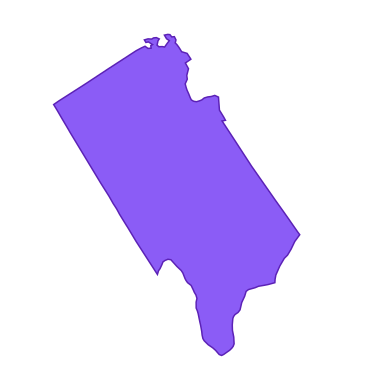 Terra Roxa, Paraná, Brazil, rotated 147°
{"feature_id": "56859067B44295253149828", "entity_name": "Terra Roxa", "entity_type": "district", "adm_level": 2, "iso_a3": "BRA", "parent_name": "Brazil", "parent_adm1": "Paraná", "projection": "mercator", "projection_center": [-54.077, -24.189], "detail": "fine", "context": "isolated", "style": "filled", "palette": "violet", "viewbox_px": 384, "rotation_deg": 147, "n_neighbors": 0, "source": "geoboundaries", "source_scale": "gbopen_adm2", "svg_char_len": 1984}
<svg xmlns="http://www.w3.org/2000/svg" viewBox="0 0 384 384"><g transform="rotate(147 192 192)"><path d="M171.9,70.8L169.9,73.5L166.9,76.7L158.7,82.1L150.7,86.1L146.3,87.0L140.0,90.1L132.8,94.5L124.9,97.5L125.1,100.5L125.5,112.6L125.6,116.7L125.8,121.6L126.0,126.9L126.3,133.4L126.6,140.0L126.7,143.7L127.8,175.8L128.0,181.3L128.0,195.4L128.0,210.5L128.1,235.2L124.9,233.9L124.6,237.6L124.4,245.7L118.1,257.2L120.3,260.6L123.8,261.6L127.1,263.2L130.5,264.2L133.7,263.9L136.2,264.4L139.1,265.3L141.2,267.2L142.4,269.6L142.1,272.1L141.3,276.1L140.7,280.1L139.9,283.1L138.8,286.4L134.5,289.2L132.9,292.6L127.8,297.3L127.3,303.8L120.6,304.0L120.6,310.9L124.3,315.3L124.2,318.4L124.2,321.0L124.4,324.0L124.9,326.1L122.6,328.3L122.2,331.9L124.5,333.1L124.8,336.0L126.5,337.4L129.7,338.6L129.9,334.4L128.6,331.3L132.0,330.1L136.0,328.5L137.8,330.2L140.7,331.9L141.3,334.2L138.2,337.3L136.1,338.2L137.8,340.9L140.4,342.2L142.5,342.2L145.5,344.4L149.1,345.5L149.2,342.5L146.8,341.6L144.8,337.1L146.8,337.2L148.0,334.9L150.7,336.4L152.0,339.8L156.0,340.4L161.9,340.9L182.9,340.9L195.1,340.9L222.2,340.7L240.0,340.8L254.0,340.9L260.4,340.7L260.6,333.5L261.0,325.9L261.6,311.6L261.8,308.3L263.7,249.5L263.9,233.6L264.4,225.3L264.4,218.8L264.9,212.7L265.2,199.6L265.2,197.4L265.8,180.9L265.9,141.7L262.9,144.2L260.6,145.1L256.6,147.6L254.6,149.1L252.1,149.3L248.8,148.7L246.6,146.7L245.2,137.8L243.8,132.0L243.8,129.0L245.0,123.2L245.2,121.1L245.1,118.4L243.6,114.1L244.3,108.8L244.7,106.5L244.8,103.5L245.8,100.1L248.5,97.4L251.7,92.4L252.3,89.2L253.1,86.6L256.2,78.7L257.3,75.7L259.9,69.5L261.4,66.6L262.7,63.1L262.8,60.6L261.6,55.1L259.5,50.1L258.5,46.5L257.7,40.9L256.2,38.8L253.9,38.5L246.4,38.8L243.8,39.3L241.6,40.1L239.4,41.7L236.0,47.6L233.4,54.0L230.6,58.6L226.7,63.6L225.0,64.9L222.7,65.8L219.0,65.9L215.9,67.0L210.5,72.2L204.6,75.9L200.7,79.2L197.7,79.4L191.3,77.4L187.5,76.7L182.4,74.5L178.7,73.0L174.4,71.6L171.9,70.8Z" fill="#8b5cf6" stroke="#5b21b6" stroke-width="1.5"/></g></svg>